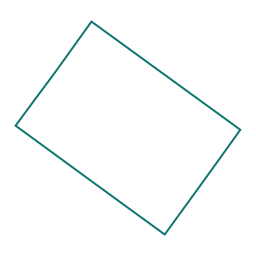 Hodgeman, Kansas, United States of America (Equal Earth projection), rotated 36°
{"feature_id": "52423323B97226868441645", "entity_name": "Hodgeman", "entity_type": "district", "adm_level": 2, "iso_a3": "USA", "parent_name": "United States of America", "parent_adm1": "Kansas", "projection": "equal_earth", "projection_center": [-99.838, 38.088], "detail": "fine", "context": "isolated", "style": "outline", "palette": "teal", "viewbox_px": 256, "rotation_deg": 36, "n_neighbors": 0, "source": "geoboundaries", "source_scale": "gbopen_adm2", "svg_char_len": 289}
<svg xmlns="http://www.w3.org/2000/svg" viewBox="0 0 256 256"><g transform="rotate(36 128 128)"><path d="M220.3,128.1L220.1,90.3L219.9,63.5L216.1,63.4L35.9,63.4L36.3,127.7L35.9,160.0L35.7,192.2L134.9,192.5L220.3,192.6L220.3,128.1Z" fill="none" stroke="#0f766e" stroke-width="2"/></g></svg>